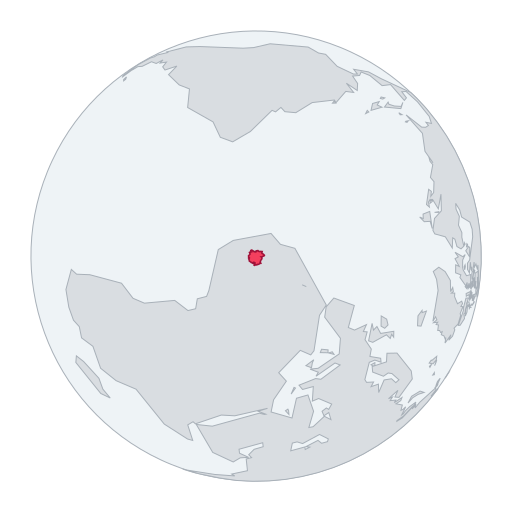 globe centered on Kayes, rotated 115°
{"feature_id": "MLI-2793", "entity_name": "Kayes", "entity_type": "Region", "adm_level": 1, "iso_a3": "MLI", "parent_name": "Mali", "parent_adm1": "", "projection": "orthographic", "projection_center": [-10.556, 13.794], "detail": "fine", "context": "on_globe", "style": "filled", "palette": "rose", "viewbox_px": 512, "rotation_deg": 115, "n_neighbors": 0, "source": "natural_earth", "source_scale": "10m", "svg_char_len": 11632}
<svg xmlns="http://www.w3.org/2000/svg" viewBox="0 0 512 512"><g transform="rotate(115 256 256)"><circle cx="256" cy="256" r="225" fill="#eef3f6" stroke="#a8b0b8"/><path d="M199.2,38.0L190.3,40.5L189.3,41.5L170.3,51.1L174.7,49.6L170.3,53.3L173.8,53.3L169.3,55.8L176.0,53.8L179.5,51.6L183.6,50.2L186.0,50.2L180.6,53.0L178.6,53.4L178.3,54.3L174.6,55.9L177.8,55.1L171.0,59.1L181.2,55.4L178.7,58.7L173.2,61.3L169.3,60.7L147.1,67.7L140.4,71.4L134.9,76.5L133.8,86.1L128.2,90.8L123.9,97.3L129.0,94.5L134.1,88.5L142.5,85.5L147.8,79.3L152.0,77.4L159.3,71.8L162.9,73.2L162.5,77.9L156.7,82.9L156.4,85.4L165.8,81.5L158.6,92.5L160.4,103.3L158.0,106.5L146.5,110.1L136.7,107.1L121.8,114.5L136.2,110.7L130.1,119.9L131.1,122.1L134.2,122.5L138.4,119.5L137.3,123.2L122.6,127.7L123.3,124.4L128.0,122.8L123.4,121.8L113.4,126.1L111.1,131.1L98.5,134.4L96.7,138.2L92.9,141.5L96.7,135.0L89.7,147.1L74.5,157.0L64.7,179.6L69.2,160.3L67.6,156.6L64.8,154.9L63.0,158.5L61.7,153.0L56.3,158.0L48.0,174.8L43.5,189.5L45.5,193.3L49.1,186.5L52.3,187.3L43.8,206.5L48.3,213.7L44.3,229.1L44.8,238.5L48.6,238.4L52.1,244.5L56.7,236.8L63.2,234.2L61.2,247.1L66.5,236.6L68.9,244.2L83.2,248.3L81.5,250.9L93.2,269.9L109.3,280.5L113.0,290.8L110.8,296.2L117.1,299.2L117.2,303.0L145.5,313.7L162.4,325.4L163.5,338.5L152.6,351.6L150.3,380.7L132.7,386.9L133.4,397.9L128.6,411.9L117.3,408.0L125.9,417.1L124.0,420.5L118.1,419.1L121.7,424.5L117.6,423.2L123.7,427.8L124.1,432.8L132.2,439.3L134.3,443.1L139.8,446.8L138.0,446.1L138.0,446.6L140.3,448.3L131.7,443.2L121.1,435.3L118.3,432.2L115.7,430.6L108.9,422.0L108.7,423.1L96.0,407.6L89.9,395.4L73.1,355.5L68.1,346.2L57.7,332.9L44.6,297.0L45.6,285.2L43.8,278.1L49.8,262.6L49.9,244.6L48.2,241.0L45.5,246.4L41.6,231.9L42.4,217.5L42.4,184.7L45.0,177.0L49.2,166.6L50.6,163.4L58.1,148.4L66.6,134.0L76.2,120.3L86.8,107.3L98.3,95.1L110.7,83.8L123.9,73.5L137.8,64.2L152.4,56.0L167.5,48.8L183.2,42.8L199.2,38.0ZM61.2,187.0L66.7,202.5L60.7,201.3L62.3,199.7L61.6,194.0L59.1,187.7L54.7,187.8L61.2,187.0ZM70.2,176.7L69.0,175.0L70.6,175.7L70.2,176.7ZM156.8,71.5L158.0,71.7L156.0,72.6L156.8,71.5ZM158.8,69.1L155.7,70.1L156.1,69.1L158.1,68.5L158.8,69.1ZM162.6,68.1L157.4,67.3L158.3,65.7L166.5,62.1L162.6,68.1ZM179.5,51.0L176.0,53.2L176.7,51.5L179.5,51.0ZM179.0,50.2L175.6,48.1L182.1,45.1L181.9,46.2L188.6,43.0L193.4,42.5L190.9,44.3L185.7,46.1L191.5,44.6L179.0,50.2ZM185.3,49.5L184.0,49.1L189.5,46.4L193.1,46.8L190.2,47.5L185.3,49.5ZM187.9,42.5L192.7,40.9L197.9,40.0L200.4,39.4L194.1,42.3L187.9,42.5ZM190.1,48.1L194.8,47.1L194.3,48.4L186.9,49.7L190.1,48.1ZM189.5,45.7L192.3,44.6L191.9,45.3L189.5,45.7ZM195.4,53.5L193.7,52.6L196.5,51.1L195.4,53.5ZM196.5,46.7L196.7,46.2L197.5,45.7L200.4,45.4L196.5,46.7ZM198.2,41.7L199.4,41.8L201.1,40.4L205.1,40.1L200.1,42.2L203.9,41.1L205.2,41.1L199.7,43.0L198.2,41.7ZM206.1,43.5L201.1,46.7L203.6,48.4L201.2,49.7L197.7,46.8L206.1,43.5ZM202.8,43.0L204.3,43.5L200.6,44.6L197.3,45.0L202.8,43.0ZM209.6,39.2L204.7,39.1L206.0,38.7L209.6,39.2ZM207.5,43.7L208.6,42.9L208.1,43.7L207.5,43.7ZM209.8,40.2L207.9,40.1L209.4,39.7L209.8,40.2ZM212.5,41.7L210.9,42.6L208.7,42.8L212.5,41.7ZM211.9,40.8L214.3,40.2L208.8,42.2L210.8,40.8L211.9,40.8ZM211.5,39.7L211.7,39.4L212.0,39.9L211.5,39.7ZM222.1,40.9L215.7,43.5L210.7,43.7L217.6,41.1L222.1,40.9ZM148.6,452.8L133.6,444.5L140.9,448.7L140.0,447.1L150.0,452.6L148.6,452.8ZM148.4,449.1L150.9,448.8L153.2,450.0L152.0,450.5L148.4,449.1ZM467.7,178.9L472.6,195.3L477.6,216.3L479.0,227.4L471.4,201.0L464.3,182.3L463.9,185.9L454.2,173.0L444.1,179.1L440.6,174.8L439.2,178.6L432.0,176.0L425.8,168.9L422.4,171.0L438.3,189.7L441.7,187.6L441.6,177.6L445.6,185.0L452.3,189.6L452.3,212.2L433.9,238.9L428.7,223.7L397.0,186.5L396.1,181.6L395.8,181.0L395.2,180.2L395.8,188.4L389.2,181.2L409.8,207.7L414.8,220.2L433.7,240.0L432.8,243.0L437.9,246.5L449.9,235.4L450.8,240.7L447.1,268.1L427.4,308.4L428.1,330.1L423.4,349.4L406.8,365.6L403.9,379.5L394.7,386.3L391.3,394.3L381.5,404.0L366.7,414.1L346.2,417.7L348.3,410.9L343.2,398.7L337.5,366.4L346.3,349.6L345.9,337.2L330.6,310.9L334.2,294.6L329.3,288.4L319.6,291.1L313.5,283.7L307.3,284.1L266.1,292.9L251.5,283.2L229.2,251.9L235.1,238.8L232.6,224.0L270.7,171.6L282.9,173.4L317.4,163.4L322.5,164.6L322.8,176.0L352.2,186.1L356.6,175.6L378.9,179.3L391.0,176.4L387.6,154.9L367.8,159.2L360.0,150.2L372.4,138.2L389.1,135.6L386.6,132.1L372.4,126.3L372.6,118.9L367.1,123.9L372.1,126.9L368.8,130.5L364.0,128.0L364.3,125.3L358.2,124.8L358.7,139.0L363.7,143.6L350.1,148.9L357.3,157.4L354.9,162.4L341.9,150.2L340.3,145.1L319.2,133.7L319.6,139.2L339.6,150.8L335.0,150.4L335.7,159.2L331.5,152.2L309.6,139.2L294.9,144.7L282.4,167.9L272.5,170.9L261.2,167.7L259.3,146.0L281.8,142.1L281.5,135.4L271.5,126.9L279.1,126.8L277.8,123.2L285.8,121.8L291.6,112.2L298.9,110.3L296.0,99.8L299.4,97.8L300.1,104.3L304.5,108.4L322.0,105.1L323.8,102.4L320.5,96.2L325.8,96.5L320.4,90.9L327.9,87.1L314.2,87.5L310.0,81.3L311.7,75.8L307.8,74.1L305.1,83.1L306.2,86.8L311.1,89.7L311.9,101.2L307.1,104.0L296.8,93.0L288.8,96.2L284.4,87.2L294.6,66.7L301.4,62.4L323.7,66.7L325.1,70.5L317.8,70.6L329.3,75.6L326.1,72.7L330.4,73.3L327.5,68.4L330.4,68.7L322.6,63.9L325.9,63.7L330.8,66.7L329.2,60.4L334.6,59.4L332.8,57.9L329.4,56.6L338.5,56.8L336.8,55.8L333.2,55.2L327.4,53.0L320.8,49.3L324.3,49.6L327.2,50.9L338.5,54.6L345.6,58.7L346.3,58.5L341.0,55.0L327.2,50.5L322.3,48.3L328.7,49.9L326.0,49.1L324.6,48.1L326.5,47.6L319.4,45.8L299.5,37.4L301.3,36.4L309.2,38.2L299.0,34.9L300.4,35.1L316.4,39.0L332.1,44.0L347.4,50.1L362.2,57.3L376.4,65.6L390.0,74.9L402.9,85.2L414.9,96.3L426.2,108.4L436.5,121.2L445.9,134.7L454.2,148.9L461.5,163.7L467.7,178.9ZM262.5,197.5L262.6,202.0L262.5,197.5ZM410.2,144.0L417.9,142.2L408.4,131.0L410.6,129.6L406.5,126.5L407.7,130.2L396.9,121.9L398.0,117.4L394.0,112.7L391.2,113.2L390.9,123.0L406.3,134.5L407.1,140.2L410.2,144.0ZM83.7,248.3L85.2,251.3L82.7,250.7L83.7,248.3ZM58.3,206.1L60.2,207.4L60.7,209.9L59.0,209.8L58.3,206.1ZM77.8,214.6L80.6,216.8L77.0,216.7L77.8,214.6ZM67.9,204.7L75.4,213.3L68.5,214.8L64.0,209.6L67.9,210.0L67.9,204.7ZM66.2,183.4L67.1,185.0L65.8,187.1L66.2,183.4ZM71.3,177.3L70.8,177.2L71.0,175.1L71.3,177.3ZM131.0,119.6L132.1,119.3L134.6,120.5L132.1,121.5L131.0,119.6ZM153.8,118.0L151.5,124.1L151.4,120.2L147.4,122.3L142.2,117.4L156.6,107.9L151.0,112.8L153.8,118.0ZM139.3,109.0L141.0,112.6L138.6,109.1L139.3,109.0ZM262.7,107.2L267.1,108.8L266.7,113.0L257.4,117.2L258.0,110.9L262.7,107.2ZM273.5,110.3L266.0,99.3L271.4,96.9L269.6,100.0L274.0,99.5L272.3,104.5L284.9,113.7L285.3,118.1L268.0,122.3L273.5,118.2L268.8,116.6L273.5,110.3ZM237.1,81.5L233.9,78.3L249.8,76.8L251.0,80.1L241.8,83.9L235.1,82.5L237.1,81.5ZM177.9,62.8L175.6,62.8L177.1,61.8L180.3,61.0L177.9,62.8ZM194.4,53.2L189.3,62.1L186.5,62.4L186.9,68.0L179.6,71.3L179.6,67.4L174.3,74.5L171.3,72.3L168.5,77.2L169.2,68.2L166.3,67.0L172.3,67.0L179.1,63.9L181.2,62.2L184.9,56.9L182.1,53.6L188.4,50.6L193.6,49.4L195.2,49.7L190.6,51.4L196.1,50.7L190.7,53.5L194.4,53.2ZM250.9,45.7L244.9,46.0L255.0,47.9L249.7,49.5L251.2,49.6L249.0,51.8L249.0,54.8L245.9,55.3L247.3,56.4L245.9,58.1L246.7,59.8L241.4,61.5L242.0,63.8L239.2,63.3L241.5,67.0L237.4,65.1L235.2,67.6L240.4,68.1L210.3,76.4L200.8,82.5L195.1,88.8L188.9,85.6L190.2,78.0L196.0,69.5L206.0,64.6L201.4,64.4L204.8,62.1L207.0,63.2L205.6,60.2L209.0,58.8L214.1,53.2L210.0,50.5L211.8,48.7L215.1,49.0L214.5,47.1L222.0,46.6L223.4,45.4L232.2,44.1L237.7,46.0L238.9,44.6L245.6,44.0L250.9,45.7ZM224.6,40.6L232.5,41.7L233.4,43.3L217.8,45.0L215.4,46.1L205.4,47.9L204.3,45.7L207.2,45.3L209.9,44.5L209.2,45.5L211.7,44.1L215.9,43.6L218.9,42.5L220.7,43.1L224.6,40.6ZM325.6,159.8L329.0,159.8L333.8,158.5L334.3,164.4L325.6,159.8ZM310.6,151.0L313.3,149.9L316.4,156.9L312.8,157.2L310.6,151.0ZM312.2,143.7L313.2,149.3L310.6,146.4L312.2,143.7ZM302.4,103.2L304.9,102.0L306.2,103.3L306.0,105.8L302.4,103.2ZM279.9,53.8L276.3,53.2L276.4,52.5L270.5,49.8L274.0,48.7L278.9,50.0L279.9,53.8ZM385.7,159.2L383.8,163.9L381.3,162.4L382.4,161.1L385.7,159.2ZM359.0,164.4L366.3,165.8L359.0,166.0L359.0,164.4ZM282.7,52.2L279.9,51.1L283.4,51.3L282.7,52.2ZM276.3,47.9L279.9,47.8L273.7,48.3L276.3,47.9ZM446.2,338.6L428.6,374.3L422.4,376.6L424.5,367.6L433.2,346.7L441.4,338.5L446.3,328.1L446.2,338.6ZM479.9,230.9L480.0,232.4L478.0,218.0L479.3,226.4L479.9,230.9ZM308.6,46.0L312.9,50.6L318.3,54.1L325.0,56.1L317.4,55.7L309.1,50.2L308.6,46.0ZM300.3,38.2L294.4,37.2L295.7,36.9L297.2,37.0L300.3,38.2ZM297.7,38.1L293.0,38.5L288.9,37.4L293.4,37.3L297.7,38.1ZM288.2,44.2L289.2,45.5L286.3,45.1L288.2,44.2ZM278.4,31.8L278.8,31.9L277.7,31.8L278.4,31.8ZM284.9,32.7L279.2,31.9L286.8,32.9L284.9,32.7Z" fill="#d9dde1" stroke="#a8b0b8" stroke-width="1"/><path d="M251.2,257.9L251.0,257.7L250.9,257.6L250.9,257.4L250.8,257.2L250.7,257.1L250.4,256.9L250.3,256.6L250.2,256.5L250.2,256.4L250.4,256.2L250.6,256.0L250.6,255.8L250.7,255.7L250.4,255.3L250.4,255.2L250.5,254.8L250.5,254.6L250.4,254.2L250.1,254.0L250.0,253.9L249.7,253.6L249.6,253.1L249.8,252.9L249.9,252.7L249.8,252.4L249.7,252.4L249.5,252.2L249.9,252.1L250.0,252.1L250.2,252.3L250.3,252.2L250.5,252.2L250.8,251.9L251.0,251.9L251.1,251.7L251.2,251.4L251.2,251.2L251.1,250.9L251.1,250.7L251.2,250.3L251.2,250.1L251.3,249.8L251.4,249.5L251.5,249.4L251.6,249.1L251.8,249.2L252.0,249.1L252.2,248.9L252.3,248.9L252.3,248.7L252.6,248.8L252.8,248.9L253.1,249.4L253.2,249.5L254.1,250.2L254.3,250.3L254.4,250.5L254.5,250.7L254.6,250.9L254.7,250.6L254.8,250.5L254.9,250.4L254.9,250.2L255.0,250.1L255.3,249.9L255.3,249.7L255.6,249.6L255.8,249.6L256.1,249.5L256.6,249.5L256.9,249.5L257.3,249.7L257.6,249.8L257.9,249.8L258.3,249.8L258.7,249.8L258.9,249.8L259.1,249.6L259.4,249.6L260.3,249.5L260.2,249.1L260.2,248.9L260.5,248.6L260.6,248.9L260.6,249.3L261.4,249.3L261.8,249.7L261.9,249.8L262.5,250.1L262.6,250.3L262.7,250.7L262.9,251.1L263.1,251.3L263.5,251.3L263.8,251.4L263.8,251.5L263.9,252.3L264.0,252.4L264.6,252.9L264.8,253.1L265.1,253.2L265.1,253.4L265.2,253.8L264.7,254.0L264.5,253.9L264.2,253.9L264.0,254.0L263.9,254.0L263.8,253.9L263.7,253.7L263.4,253.7L263.3,253.9L263.1,254.0L262.7,254.0L262.8,254.5L262.7,254.7L262.6,254.8L262.6,255.0L262.5,255.3L262.8,255.5L263.0,255.7L263.1,255.8L263.4,255.8L263.5,255.8L263.5,255.7L263.6,255.4L263.8,255.3L264.0,255.5L264.0,255.9L263.9,256.0L263.7,256.3L263.7,256.9L263.8,256.9L263.8,257.0L264.0,257.2L264.0,257.3L264.0,257.5L263.9,257.6L263.8,257.9L263.8,258.1L263.7,258.2L263.6,258.3L263.6,258.6L263.6,258.8L263.6,259.0L263.4,259.5L263.5,259.8L263.2,260.0L262.9,260.3L262.7,260.4L262.4,260.5L262.0,261.0L261.8,261.3L261.4,261.2L261.2,261.2L260.9,261.1L260.7,261.1L260.4,261.2L260.4,261.3L260.5,261.4L260.6,261.5L260.8,261.6L260.8,261.8L260.7,261.8L260.7,262.0L260.4,262.0L260.1,262.1L259.6,262.4L259.4,262.5L259.3,262.8L259.2,262.9L258.9,262.9L258.6,262.8L258.4,262.7L258.2,262.6L257.9,262.5L257.8,262.4L257.6,262.4L257.4,262.4L257.2,262.3L257.1,262.2L257.0,262.3L256.9,262.3L256.7,262.4L256.5,262.5L256.4,262.6L256.2,262.6L256.2,262.8L256.0,263.0L255.8,263.1L255.7,263.2L255.7,263.3L255.6,263.5L255.4,263.5L255.3,263.4L255.1,263.1L255.0,262.9L255.0,262.7L254.9,262.6L254.6,262.3L254.6,262.2L254.4,262.2L254.2,262.2L254.1,262.3L254.0,262.5L253.8,262.6L253.7,262.7L253.7,262.9L253.6,263.0L253.4,263.0L253.2,263.1L252.9,262.9L252.8,262.7L252.7,262.6L252.4,262.5L252.3,262.3L252.4,262.2L252.5,262.1L252.6,261.9L252.6,261.7L252.8,261.5L252.8,261.4L252.8,261.2L252.7,261.0L252.6,260.9L252.6,260.7L252.5,260.4L252.6,260.2L252.8,260.2L252.7,260.1L252.7,259.9L252.7,259.7L252.7,259.4L252.8,259.4L252.8,259.2L252.7,259.3L252.6,259.1L252.5,258.9L252.3,258.7L252.2,258.6L252.1,258.3L252.1,258.2L252.0,257.9L252.0,257.7L251.9,257.7L251.6,257.6L251.4,257.5L251.3,257.8L251.2,257.9Z" fill="#f43f5e" stroke="#9f1239" stroke-width="1.5"/></g></svg>